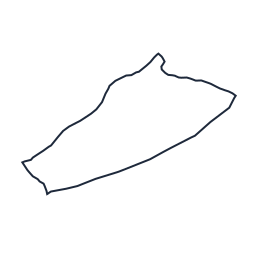 Keana, Nassarawa, Nigeria (orthographic projection), rotated 324°
{"feature_id": "59680162B98467355573765", "entity_name": "Keana", "entity_type": "district", "adm_level": 2, "iso_a3": "NGA", "parent_name": "Nigeria", "parent_adm1": "Nassarawa", "projection": "orthographic", "projection_center": [8.821, 8.173], "detail": "fine", "context": "isolated", "style": "outline", "palette": "slate", "viewbox_px": 256, "rotation_deg": 324, "n_neighbors": 0, "source": "geoboundaries", "source_scale": "gbopen_adm2", "svg_char_len": 1292}
<svg xmlns="http://www.w3.org/2000/svg" viewBox="0 0 256 256"><g transform="rotate(324 128 128)"><path d="M234.1,165.2L233.8,164.2L232.9,161.3L232.3,160.2L230.8,157.4L228.8,154.7L228.3,154.0L227.4,152.6L225.7,150.2L223.7,146.4L221.1,141.2L219.9,139.3L217.8,136.3L216.2,134.0L215.4,132.8L214.8,132.3L212.4,130.7L211.0,129.7L210.5,129.3L209.0,126.9L207.8,125.1L207.3,124.4L205.2,121.7L202.8,120.1L200.6,118.6L198.7,116.9L197.2,114.3L196.7,113.3L195.0,111.5L191.8,108.7L190.5,105.3L189.7,100.5L191.1,97.9L193.7,97.0L196.6,95.8L196.9,93.9L197.2,91.3L197.2,89.8L196.3,85.7L194.6,85.7L190.6,86.3L184.9,87.8L179.4,88.4L169.9,88.9L167.3,87.8L161.8,87.2L157.4,84.5L153.6,83.8L145.5,82.4L139.7,82.9L137.9,83.0L135.1,84.7L130.0,87.0L122.2,91.8L113.4,94.3L106.6,94.7L93.6,94.1L91.6,93.8L89.2,93.4L81.2,92.2L73.9,92.2L66.0,94.1L55.5,96.9L53.7,96.7L53.0,96.6L46.0,96.6L42.4,96.4L38.4,96.2L33.7,96.0L30.7,96.7L24.8,94.3L22.3,93.7L21.9,102.9L22.1,105.8L22.6,111.1L24.9,116.3L25.1,119.3L27.0,123.4L26.4,126.2L25.1,131.0L23.8,133.9L28.3,134.1L42.3,140.8L52.9,145.2L53.6,145.4L58.0,146.5L71.9,150.1L92.7,157.2L94.9,157.9L97.9,158.7L127.3,166.2L127.9,166.3L142.4,168.1L151.0,169.3L173.6,172.8L177.6,173.6L198.2,171.6L221.9,171.1L231.5,166.2L234.1,165.2Z" fill="none" stroke="#1e293b" stroke-width="2"/></g></svg>